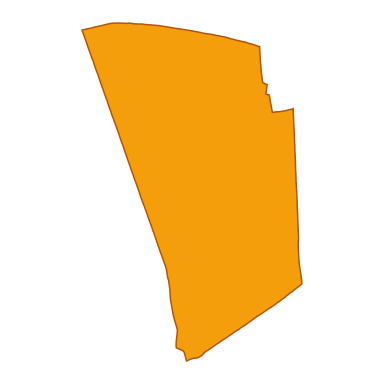 Bang Khae, Bangkok Metropolis, Thailand
{"feature_id": "78962969B64329347166789", "entity_name": "Bang Khae", "entity_type": "district", "adm_level": 2, "iso_a3": "THA", "parent_name": "Thailand", "parent_adm1": "Bangkok Metropolis", "projection": "equal_earth", "projection_center": [100.397, 13.711], "detail": "fine", "context": "isolated", "style": "filled", "palette": "amber", "viewbox_px": 384, "rotation_deg": 0, "n_neighbors": 0, "source": "geoboundaries", "source_scale": "gbopen_adm2", "svg_char_len": 5609}
<svg xmlns="http://www.w3.org/2000/svg" viewBox="0 0 384 384"><path d="M301.9,283.9L301.7,281.5L301.6,280.2L301.2,276.8L300.9,274.8L300.8,273.8L300.7,273.3L300.6,272.9L300.5,272.0L300.2,271.0L300.1,269.9L299.7,267.3L299.6,266.5L299.1,262.1L298.9,259.4L298.8,258.8L298.6,254.5L298.4,250.7L298.3,248.7L298.3,247.2L298.2,244.8L298.2,243.0L298.3,241.5L298.5,239.1L298.5,237.7L298.5,236.2L298.2,230.9L298.2,230.5L297.8,220.2L297.7,216.4L297.6,214.0L297.4,209.8L297.3,206.6L297.2,206.2L297.2,203.0L297.1,202.2L297.1,200.8L297.0,197.7L296.9,197.0L296.9,196.4L296.8,193.4L296.8,192.5L296.7,191.0L296.5,189.7L296.4,187.0L296.3,186.0L296.2,183.7L296.2,182.4L296.0,181.7L296.0,179.2L295.9,175.8L295.9,175.3L295.9,174.6L295.9,173.8L295.8,172.3L295.6,170.0L295.6,168.0L295.5,164.9L295.5,164.7L295.4,162.4L295.4,161.4L295.2,156.4L295.0,152.8L295.0,152.6L294.9,150.8L294.8,147.6L294.8,144.7L294.7,144.5L294.6,141.8L294.5,138.6L294.3,133.8L294.2,131.5L294.1,130.9L294.1,130.2L293.9,127.0L293.9,125.2L293.7,122.9L293.6,120.7L293.6,120.3L293.6,119.7L293.5,116.4L293.4,114.6L293.3,113.0L293.3,112.2L293.3,111.7L293.2,110.8L293.2,110.4L293.2,110.2L293.2,109.7L293.2,109.1L293.1,108.7L293.0,108.8L287.9,110.1L285.1,110.8L284.5,110.9L280.7,111.5L279.4,111.6L278.1,111.8L276.6,111.8L274.4,112.2L274.1,112.1L272.4,112.4L270.2,100.7L269.3,95.1L268.3,94.7L266.6,94.3L265.9,94.2L266.3,90.9L266.5,89.4L267.1,85.1L267.1,84.9L267.2,84.6L266.5,84.4L266.3,84.3L265.2,83.9L264.4,83.3L263.6,82.9L262.7,82.6L262.1,78.2L262.0,77.9L261.8,76.2L261.8,75.7L261.7,75.6L261.6,74.5L261.6,74.0L261.3,72.7L261.2,71.7L261.2,70.9L261.2,70.5L261.1,69.1L260.7,64.6L260.6,63.5L260.1,57.2L260.1,56.4L260.0,54.0L259.9,52.6L259.8,50.0L259.6,48.6L259.6,47.6L259.7,46.6L258.2,46.3L256.9,45.8L256.6,45.7L256.2,45.6L254.7,45.0L254.3,44.9L252.5,44.3L248.4,43.2L245.2,42.1L243.3,41.7L242.0,41.5L239.1,40.8L235.9,40.1L235.6,40.0L234.8,39.7L233.9,39.5L233.7,39.4L231.7,39.0L230.6,38.8L227.5,37.7L226.9,37.5L226.2,37.4L225.4,37.1L224.0,36.8L223.9,36.8L223.0,36.6L222.9,36.7L221.8,36.5L219.0,35.8L218.9,35.8L218.2,35.7L217.6,35.6L216.7,35.5L215.6,35.2L214.1,35.0L212.0,34.4L210.9,34.3L205.4,33.5L202.5,33.0L200.5,32.5L197.5,31.9L196.2,31.7L193.9,31.3L193.7,31.2L190.6,30.6L187.7,30.2L186.2,29.9L182.6,29.4L179.8,28.9L177.3,28.6L177.2,28.6L176.0,28.4L175.9,28.4L172.3,27.8L172.2,27.8L170.7,27.5L169.9,27.4L168.4,27.1L168.2,27.1L165.2,26.6L163.7,26.4L159.0,25.6L151.7,25.0L150.6,24.9L149.3,24.8L149.1,24.8L148.4,24.7L145.7,24.5L144.0,24.4L143.8,24.3L142.2,24.0L138.3,24.0L135.9,23.9L134.1,23.8L133.6,23.9L133.5,23.7L133.3,23.6L130.2,23.2L128.0,23.1L127.7,23.2L127.5,23.4L127.0,23.4L126.0,23.3L124.4,23.3L121.3,23.1L119.0,23.0L114.6,23.1L113.9,23.2L112.7,23.1L112.4,23.2L112.0,23.3L110.7,23.4L110.5,23.5L110.2,23.6L107.0,24.2L103.7,25.1L103.4,25.1L100.8,25.8L100.7,25.8L100.3,25.9L99.8,26.0L95.8,26.8L95.7,26.8L93.7,27.3L93.3,27.5L93.1,27.6L91.5,28.0L87.5,28.8L83.1,29.8L82.3,30.0L82.1,30.0L82.1,30.4L82.2,30.8L84.1,35.9L85.7,40.5L85.8,40.6L87.6,46.0L87.8,46.4L88.6,49.1L90.6,54.2L91.1,56.0L93.1,61.1L95.4,68.0L96.7,71.6L97.1,72.4L98.0,74.8L99.4,79.2L99.9,80.7L101.7,85.7L101.8,86.1L104.8,94.6L105.9,97.6L106.0,98.0L106.8,99.8L109.4,107.9L111.0,112.0L111.4,113.6L113.4,118.9L114.6,122.2L116.4,127.0L116.6,127.7L118.2,132.0L119.0,134.6L119.2,134.9L119.9,137.4L120.1,137.7L121.0,140.6L121.4,141.5L121.7,142.5L122.3,143.9L122.5,144.4L125.8,154.2L128.4,161.5L128.8,162.9L130.1,166.4L131.0,169.1L131.9,171.5L132.6,173.5L133.1,174.7L134.0,177.7L135.5,181.6L139.0,191.5L139.1,191.8L140.3,195.5L140.9,197.4L141.7,199.5L142.5,201.8L143.0,203.2L144.1,205.8L144.5,206.9L144.6,207.2L145.5,209.6L146.4,212.1L147.5,215.4L149.8,221.8L151.1,225.4L152.3,228.7L153.1,231.2L153.8,232.9L155.5,238.0L156.4,240.4L156.9,241.9L158.8,247.6L160.5,252.5L161.1,253.9L162.0,256.4L163.1,259.6L164.1,262.2L165.7,267.0L165.9,267.7L166.1,268.4L166.4,269.3L166.7,271.2L166.9,272.8L167.0,273.6L167.5,276.5L167.6,277.1L167.7,277.8L167.8,278.1L168.2,279.2L168.6,280.3L168.6,280.5L169.0,283.3L169.9,289.7L169.9,290.3L170.1,293.2L170.2,295.9L170.3,297.4L170.4,297.9L170.5,299.2L170.7,300.7L170.9,301.8L171.5,305.1L173.0,313.8L173.3,315.0L173.8,317.3L174.3,318.8L174.8,320.9L175.6,323.6L176.1,325.2L177.3,329.7L177.3,329.9L177.4,330.1L177.4,330.5L177.4,330.9L177.2,332.4L177.1,333.7L176.6,337.8L176.3,341.0L176.2,342.0L176.2,342.7L176.1,344.7L176.2,347.7L177.3,348.3L179.3,349.1L179.6,349.2L180.9,349.7L182.9,350.8L183.7,351.5L184.1,352.1L184.5,353.4L185.2,355.9L185.6,357.3L186.5,361.0L187.0,360.9L187.8,360.6L188.2,360.3L188.5,360.1L190.0,359.4L193.2,358.3L194.1,358.2L194.3,358.2L194.7,358.2L197.2,357.9L197.7,357.8L198.6,357.3L199.3,357.0L200.2,356.5L202.0,355.3L203.9,353.3L205.5,351.6L207.5,350.5L209.1,349.4L209.4,349.1L213.3,346.6L214.5,345.6L215.6,344.8L217.0,343.9L219.4,342.4L219.6,342.1L220.9,341.2L226.4,337.7L227.6,336.8L229.9,335.3L232.4,333.6L235.3,331.4L237.4,330.2L237.5,330.2L238.4,329.7L240.1,328.3L240.3,328.2L240.5,328.0L245.2,325.0L247.6,323.3L251.7,320.3L254.5,318.3L257.2,316.3L258.3,315.7L260.7,314.2L261.2,313.9L262.3,313.2L263.9,312.0L264.4,311.7L265.1,311.2L265.5,311.0L266.7,310.0L267.7,309.4L268.0,309.1L268.7,308.7L268.9,308.5L269.0,308.5L269.3,308.2L269.6,308.0L269.8,308.0L270.5,307.6L271.9,306.7L272.0,306.6L274.4,304.9L274.8,304.6L275.4,304.2L275.6,304.0L275.8,304.0L276.7,303.3L277.4,302.7L277.5,302.6L279.3,301.5L280.8,300.3L281.0,300.1L281.9,299.4L283.6,298.2L285.4,296.9L286.5,295.8L287.4,295.1L288.3,294.6L289.0,293.8L289.9,293.1L292.5,291.5L293.0,291.0L293.8,290.3L294.3,289.7L297.1,287.7L301.5,284.2L301.9,283.9Z" fill="#f59e0b" stroke="#b45309" stroke-width="1.5"/></svg>